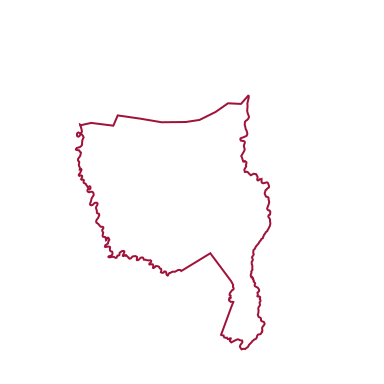 Zu'unburen, Selenge, Mongolia, rotated 120°
{"feature_id": "93677404B25826466624869", "entity_name": "Zu'unburen", "entity_type": "district", "adm_level": 2, "iso_a3": "MNG", "parent_name": "Mongolia", "parent_adm1": "Selenge", "projection": "robinson", "projection_center": [106.008, 49.971], "detail": "fine", "context": "isolated", "style": "outline", "palette": "rose", "viewbox_px": 384, "rotation_deg": 120, "n_neighbors": 0, "source": "geoboundaries", "source_scale": "gbopen_adm2", "svg_char_len": 6059}
<svg xmlns="http://www.w3.org/2000/svg" viewBox="0 0 384 384"><g transform="rotate(120 192 192)"><path d="M80.5,190.8L80.5,191.5L91.2,193.6L97.2,205.2L110.9,211.6L125.8,221.5L134.5,232.4L146.8,253.2L154.2,273.1L162.8,294.6L173.9,293.3L182.6,313.9L189.6,321.5L189.6,322.7L190.4,322.1L190.9,321.0L193.4,318.6L194.6,317.6L195.2,317.5L196.2,317.6L197.1,318.3L197.3,320.2L198.0,320.7L199.4,320.6L200.4,320.0L201.1,319.1L200.8,317.9L199.9,317.5L198.2,317.4L197.1,316.8L197.2,316.1L198.2,314.0L199.0,313.1L201.4,313.0L203.8,312.1L205.9,310.9L207.1,310.8L209.1,311.5L211.5,313.8L212.5,314.0L213.3,313.7L213.2,312.6L212.4,310.7L212.4,310.3L213.1,309.5L213.3,308.0L213.6,307.8L216.6,306.9L220.5,307.2L221.9,306.2L222.1,304.9L223.3,304.2L225.2,303.5L225.8,303.0L226.8,301.5L227.8,300.7L228.9,300.4L228.9,300.0L227.6,299.4L228.0,298.8L231.2,298.4L233.6,298.7L234.2,298.3L234.4,297.6L233.1,296.4L232.9,295.9L233.0,295.2L233.7,294.7L236.4,294.4L236.6,293.7L235.7,292.4L235.7,291.9L236.1,291.4L237.4,291.0L238.2,290.3L238.1,288.0L238.8,287.1L239.2,285.9L240.0,284.7L238.2,283.5L238.2,282.8L239.2,281.9L240.1,281.7L241.0,282.1L241.0,282.9L241.4,283.3L242.6,283.5L243.4,283.1L243.8,282.3L243.7,281.0L242.3,279.7L241.7,278.6L241.8,277.6L242.2,276.9L243.3,275.9L243.9,275.6L247.9,275.7L250.1,275.0L253.5,274.3L254.0,273.7L253.9,272.6L253.1,271.7L250.0,270.8L249.0,269.4L249.0,268.4L249.4,267.9L250.1,267.6L253.0,267.5L253.9,267.2L255.5,265.3L257.6,263.9L257.8,263.1L257.4,262.1L257.5,261.6L258.2,260.8L261.2,260.3L263.9,260.7L265.4,260.3L266.3,259.5L266.5,257.2L267.7,254.1L267.5,253.1L266.8,251.9L266.9,251.2L267.9,250.6L269.9,250.8L270.5,250.3L271.7,248.5L274.4,247.7L275.2,246.9L275.1,246.3L274.5,244.9L274.5,244.5L274.7,244.1L276.8,242.3L276.5,242.1L274.0,242.4L273.5,241.9L273.7,241.0L274.7,239.7L277.1,239.6L278.2,239.1L278.9,239.1L281.4,240.4L282.5,240.3L283.0,239.8L282.9,239.4L281.2,237.4L280.6,236.0L280.6,235.6L281.0,235.2L282.5,234.6L283.5,233.9L284.0,232.9L283.6,231.4L283.7,231.2L284.6,230.3L286.2,229.8L287.7,230.3L289.3,231.9L289.8,232.0L290.1,231.7L290.0,231.0L287.5,227.9L287.2,227.2L287.3,225.2L286.6,224.5L284.3,224.7L283.7,223.8L283.1,223.4L282.5,223.5L281.1,224.2L280.4,224.1L278.4,223.2L277.5,222.3L277.2,221.7L277.2,221.1L277.7,220.6L281.4,220.2L281.9,219.9L281.8,219.3L280.0,218.2L280.3,217.6L279.7,217.3L280.4,214.9L280.4,214.2L280.9,213.7L281.0,212.7L280.1,211.8L277.9,211.3L277.3,211.0L275.7,208.8L275.8,208.4L275.7,207.3L276.5,206.7L278.4,205.9L278.5,205.5L278.0,204.7L277.3,204.3L274.6,203.6L273.6,202.5L273.4,201.5L274.7,199.9L274.7,199.6L274.0,198.8L273.7,197.2L273.0,195.4L271.9,193.9L272.0,193.0L272.8,192.5L274.0,192.6L275.4,193.1L275.9,192.9L276.0,192.5L274.3,190.0L274.3,189.6L275.2,188.6L277.2,187.9L277.1,187.3L276.0,186.7L274.1,186.2L273.3,184.1L273.3,183.2L274.3,181.6L274.0,180.5L274.2,180.1L275.3,179.3L277.1,178.8L277.0,177.6L276.6,176.9L276.2,176.5L275.5,176.2L274.8,176.3L274.4,175.9L274.1,174.9L274.7,174.0L276.0,173.0L276.4,172.4L276.6,171.4L276.2,171.1L274.5,171.3L273.5,171.1L272.8,170.2L271.7,169.7L270.5,168.7L269.6,166.9L266.6,165.1L265.8,164.0L265.4,163.0L265.8,161.8L235.9,145.5L249.7,113.4L252.0,109.8L252.6,109.7L253.8,109.0L254.5,107.8L255.8,107.4L257.1,108.2L260.7,108.6L262.2,108.1L262.5,107.8L262.4,106.8L263.5,106.4L264.0,105.6L264.8,105.6L264.7,106.3L265.0,106.6L266.7,106.2L267.4,105.6L267.8,103.7L266.9,102.2L266.6,101.2L271.7,100.5L301.2,95.4L301.1,94.6L300.5,92.9L301.4,92.0L301.8,91.3L301.4,89.8L300.7,89.0L301.5,87.5L301.2,86.7L300.1,86.2L299.4,85.5L299.4,85.2L301.9,84.7L302.1,84.6L302.6,82.8L297.4,79.4L296.8,78.8L296.4,78.0L296.4,76.3L295.6,74.3L296.2,73.7L297.1,73.2L300.1,73.6L301.8,73.3L302.5,72.5L303.5,70.4L302.3,69.3L301.8,68.6L301.5,67.5L299.8,66.9L298.2,66.1L295.9,66.2L292.9,65.4L290.8,65.1L288.7,64.3L287.4,63.3L286.5,63.2L285.8,63.1L283.9,63.7L282.6,63.6L280.8,61.6L278.3,61.3L277.8,61.8L277.0,61.6L275.4,62.9L274.1,63.5L271.0,63.1L270.1,63.1L269.6,63.4L269.2,63.8L268.6,65.0L269.0,66.8L268.9,67.8L266.9,69.2L266.7,70.1L266.9,71.7L265.5,73.6L263.4,74.1L260.7,75.5L260.2,76.1L259.2,76.6L258.3,76.7L256.2,76.5L255.6,76.8L254.0,78.2L252.4,78.2L251.4,78.6L250.8,79.8L249.2,80.2L248.9,80.5L248.8,81.5L249.6,82.6L249.5,83.3L248.1,83.6L246.4,85.0L245.0,84.4L244.1,84.4L243.0,85.1L242.6,85.8L242.0,87.2L242.1,90.5L241.2,91.3L239.6,91.6L239.1,92.4L238.8,93.8L237.6,94.3L237.3,95.5L236.6,95.6L236.1,96.0L235.9,96.6L236.2,97.2L235.7,97.3L235.4,97.7L235.8,98.7L234.7,99.5L233.6,100.0L232.4,100.0L231.2,100.9L229.0,100.8L228.5,101.3L225.3,103.1L224.8,104.0L223.2,105.1L222.3,105.4L220.9,105.2L219.9,105.7L218.9,107.1L218.5,107.4L215.5,107.3L214.9,107.5L214.2,108.5L211.7,109.7L209.8,109.2L207.4,109.4L203.0,108.6L201.7,108.7L199.3,108.3L197.9,108.4L196.7,107.6L193.1,108.2L191.3,107.9L189.9,108.0L188.3,107.3L187.1,107.5L185.9,107.4L182.6,107.6L180.2,108.3L177.8,110.2L177.2,110.3L176.2,111.5L175.3,113.4L174.9,113.8L173.7,114.0L172.9,113.3L172.4,113.2L170.1,114.2L169.3,115.4L169.3,116.1L169.7,116.7L169.4,117.9L168.7,118.7L163.5,119.6L162.1,120.1L159.9,122.2L159.1,122.5L158.6,123.1L158.5,124.0L159.0,125.6L157.3,128.0L156.8,128.4L153.5,129.2L152.6,128.6L151.7,128.7L149.6,127.7L148.5,128.1L146.5,130.4L146.2,131.0L146.2,132.0L148.8,134.6L149.0,136.0L148.6,136.7L146.1,138.2L146.7,138.5L146.7,139.5L148.4,140.1L149.0,140.6L149.1,141.2L148.4,141.9L146.7,142.4L146.1,142.8L145.7,143.2L145.4,144.2L144.5,145.1L144.5,145.4L145.4,147.8L148.1,149.4L147.8,150.9L146.9,153.8L147.1,154.8L148.2,156.0L148.2,156.3L146.4,157.9L142.6,157.9L142.2,158.2L141.9,158.7L139.7,159.3L139.0,159.8L138.7,161.7L139.1,162.0L139.7,162.0L140.0,162.9L137.1,166.0L136.3,167.3L130.4,167.3L128.8,167.6L126.3,170.1L125.4,170.4L123.0,170.8L122.4,171.2L122.1,171.6L122.0,172.3L122.2,173.2L123.0,175.1L123.0,175.6L121.9,176.7L120.8,176.5L118.5,174.5L116.0,172.8L114.3,173.0L113.1,173.8L111.1,176.0L110.7,176.9L108.5,178.8L108.0,179.5L107.4,180.0L104.8,181.2L103.4,181.0L102.4,180.4L100.5,179.9L98.7,180.1L98.1,180.5L95.9,183.2L94.3,184.7L89.9,186.8L87.7,188.3L82.2,190.0L80.5,190.8Z" fill="none" stroke="#9f1239" stroke-width="2"/></g></svg>